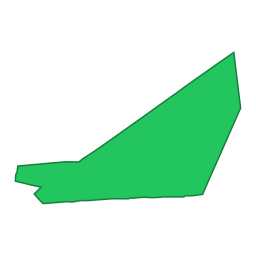 the district of Ouadane, Adrar, Mauritania
{"feature_id": "47542326B44927668035814", "entity_name": "Ouadane", "entity_type": "district", "adm_level": 2, "iso_a3": "MRT", "parent_name": "Mauritania", "parent_adm1": "Adrar", "projection": "orthographic", "projection_center": [-9.881, 22.386], "detail": "fine", "context": "isolated", "style": "filled", "palette": "green", "viewbox_px": 256, "rotation_deg": 0, "n_neighbors": 0, "source": "geoboundaries", "source_scale": "gbopen_adm2", "svg_char_len": 728}
<svg xmlns="http://www.w3.org/2000/svg" viewBox="0 0 256 256"><path d="M15.4,181.2L21.4,182.6L34.3,185.7L41.2,187.1L34.2,193.9L38.5,198.9L41.1,201.7L43.2,203.6L66.5,201.7L72.3,202.0L80.4,200.7L80.7,200.6L88.1,200.6L92.9,200.2L96.8,199.9L106.7,199.2L112.8,198.7L116.7,198.8L119.6,198.8L128.3,198.8L130.3,198.1L133.5,198.1L141.9,197.4L145.7,197.3L152.2,197.7L159.6,197.3L163.1,196.9L170.5,196.9L174.7,196.9L184.0,196.9L185.0,195.8L191.8,195.8L202.6,194.4L205.8,186.9L240.6,108.1L233.8,52.4L216.8,64.2L185.4,86.4L176.7,92.8L155.9,107.6L140.9,118.4L135.2,122.4L108.6,141.3L94.9,150.9L82.6,158.9L78.8,162.0L64.9,161.8L17.8,166.0L17.1,171.8L15.7,174.8L15.5,178.5L15.4,181.2Z" fill="#22c55e" stroke="#15803d" stroke-width="1.5"/></svg>